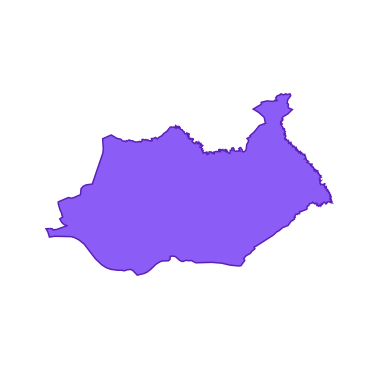 Benchalak, Si Sa Ket, Thailand (Robinson projection), rotated 140°
{"feature_id": "78962969B60458593570570", "entity_name": "Benchalak", "entity_type": "district", "adm_level": 2, "iso_a3": "THA", "parent_name": "Thailand", "parent_adm1": "Si Sa Ket", "projection": "robinson", "projection_center": [104.649, 14.787], "detail": "fine", "context": "isolated", "style": "filled", "palette": "violet", "viewbox_px": 384, "rotation_deg": 140, "n_neighbors": 0, "source": "geoboundaries", "source_scale": "gbopen_adm2", "svg_char_len": 5922}
<svg xmlns="http://www.w3.org/2000/svg" viewBox="0 0 384 384"><g transform="rotate(140 192 192)"><path d="M287.4,163.5L280.9,160.3L278.0,159.5L273.2,159.3L266.1,159.8L261.3,159.1L259.0,158.2L254.4,154.5L252.1,154.5L250.1,156.7L248.1,155.4L246.2,153.2L245.4,147.6L244.5,145.5L243.7,144.7L240.2,143.3L238.6,141.3L236.7,140.2L234.6,135.3L222.2,125.5L215.1,118.5L210.0,111.7L203.9,105.4L201.9,104.1L195.5,105.7L195.2,107.8L191.3,108.4L186.9,107.5L184.1,108.1L180.3,108.1L179.8,109.9L177.4,109.3L157.2,106.7L153.0,107.0L150.2,106.4L145.2,106.4L140.0,104.6L134.9,105.9L133.7,105.8L133.2,105.3L132.6,105.6L130.9,105.4L130.1,106.4L129.5,106.3L129.6,107.0L128.9,106.9L128.3,107.8L126.6,108.2L125.8,107.1L124.6,107.3L123.6,106.3L122.0,107.8L121.5,107.1L115.5,105.1L114.6,105.2L113.9,106.3L112.4,107.1L111.5,106.5L109.6,107.5L106.7,106.2L106.1,106.5L105.8,104.9L105.0,104.2L105.6,104.3L105.5,103.9L103.8,103.0L103.7,102.3L104.8,101.8L105.0,101.2L104.4,100.9L104.1,99.9L103.6,100.3L102.9,100.0L102.9,99.1L102.4,99.5L102.0,98.6L101.4,99.0L101.5,99.6L100.2,99.7L99.9,98.7L98.9,99.4L97.4,99.4L97.5,98.7L96.6,97.7L97.0,96.8L96.0,96.7L94.7,97.3L93.2,96.6L92.8,94.9L91.7,93.8L91.9,95.5L90.8,95.1L90.8,96.2L90.4,96.6L90.9,96.9L90.7,98.2L89.8,97.8L89.2,98.6L89.2,99.5L88.4,99.0L88.2,99.5L88.6,100.5L87.6,101.0L87.8,102.3L87.4,102.8L87.7,103.3L87.1,103.3L87.0,103.7L87.6,105.9L86.9,105.5L86.6,106.4L87.2,109.0L86.0,109.2L85.7,110.0L87.1,110.2L86.2,112.5L85.0,112.7L85.3,113.3L86.9,113.1L87.4,114.2L88.5,114.8L88.5,115.9L88.0,116.1L88.1,116.7L87.4,117.5L86.3,117.7L87.1,118.0L87.1,118.5L85.9,119.1L86.0,120.0L85.6,119.9L84.6,120.6L83.5,120.3L83.6,120.9L82.8,121.6L83.7,122.4L83.2,122.7L83.5,123.5L83.1,124.1L83.5,125.5L82.7,125.8L82.6,127.1L82.1,127.4L82.6,128.0L84.0,127.9L84.0,128.3L82.9,128.9L83.1,129.5L83.5,129.6L83.6,129.0L84.7,129.7L83.4,130.7L84.1,131.4L83.5,131.8L83.1,133.1L83.8,133.6L83.5,134.1L84.0,134.8L83.9,136.2L82.6,135.6L82.1,136.1L82.7,136.8L83.5,136.6L83.3,137.2L83.9,137.6L83.9,139.2L84.9,140.8L83.9,141.2L83.2,140.9L83.8,143.0L83.3,143.9L84.1,144.7L83.3,144.6L82.7,145.3L81.6,148.1L82.3,148.1L82.1,149.1L83.0,149.5L82.8,151.5L84.1,151.6L83.8,152.5L83.2,152.6L82.9,153.4L83.6,153.8L84.5,153.6L84.1,154.2L85.0,155.2L84.9,155.8L84.2,155.3L84.1,156.5L85.4,157.6L84.6,158.1L84.1,157.8L83.6,159.1L84.5,159.1L84.4,159.7L84.7,159.9L84.3,160.9L84.8,161.8L85.5,162.0L84.9,162.3L85.3,162.8L84.9,165.5L84.3,166.4L85.1,166.9L85.7,166.1L85.6,167.4L86.6,167.3L86.3,168.2L85.0,169.5L86.9,171.8L86.8,172.2L86.4,171.8L85.9,172.0L86.7,173.4L84.3,174.4L83.9,175.1L84.1,175.7L83.5,176.3L84.5,176.6L83.8,177.6L82.9,177.4L82.4,178.5L81.8,178.4L81.8,179.9L80.6,180.7L80.8,181.6L81.7,181.7L81.4,182.9L80.9,183.2L80.8,185.4L79.8,185.9L80.4,186.3L80.6,187.1L80.2,187.3L79.7,186.3L79.2,186.4L79.7,187.2L78.9,189.0L78.4,188.9L78.2,188.3L77.5,188.7L76.7,188.5L75.5,189.4L75.5,189.8L76.1,189.3L76.3,189.6L75.5,190.7L74.0,191.1L68.1,190.2L62.1,190.7L63.8,193.9L63.7,195.6L62.3,196.5L61.7,197.6L62.1,198.7L59.5,201.1L54.5,202.3L53.8,204.1L56.9,205.8L57.0,207.0L59.4,207.5L60.7,210.0L61.8,209.7L62.1,210.1L62.6,210.0L64.8,210.9L66.3,210.7L67.0,210.0L67.4,210.2L67.6,209.0L68.1,208.4L68.9,208.7L68.5,207.7L70.3,208.9L71.8,209.4L76.0,213.6L81.0,216.1L81.5,216.1L82.0,215.0L83.1,214.7L91.8,216.2L89.8,210.2L88.7,202.8L90.9,198.8L91.3,197.4L97.7,199.6L106.0,198.0L111.3,197.9L111.5,196.8L115.4,197.7L115.4,195.3L116.2,194.5L119.6,193.2L123.1,189.8L124.8,189.2L126.9,189.6L127.2,190.7L126.6,191.6L126.1,194.7L126.6,195.1L128.3,195.1L128.2,194.3L129.0,192.6L129.7,193.8L130.8,193.8L131.5,194.8L132.6,195.1L133.1,196.9L132.2,197.7L132.0,199.4L133.5,200.0L134.5,198.3L134.9,198.9L135.4,198.9L136.0,199.4L136.7,198.3L138.1,197.3L139.1,198.6L138.7,200.0L139.6,200.5L138.5,201.5L138.9,203.0L139.3,203.2L139.8,201.9L140.2,201.8L140.2,202.9L141.4,203.5L141.0,204.7L142.0,205.0L142.7,206.1L143.3,206.0L143.7,205.0L144.2,204.8L143.8,207.1L144.4,207.2L144.9,206.8L144.9,205.6L146.4,206.2L147.4,207.5L149.6,208.5L150.1,207.2L150.5,207.0L150.8,207.4L150.6,208.6L151.7,208.9L151.4,210.1L152.5,211.3L153.3,211.7L154.1,210.8L155.3,210.6L156.5,211.1L156.3,211.6L155.0,212.4L154.9,213.0L158.3,214.6L157.7,215.1L158.0,216.0L156.8,216.7L157.6,217.2L157.4,218.4L156.3,218.5L156.9,220.7L156.0,220.3L153.9,220.7L154.1,221.5L155.6,222.2L154.5,222.5L154.0,223.5L155.0,223.7L154.7,225.8L156.0,224.9L156.5,225.0L156.6,226.3L156.0,226.9L156.4,227.7L157.8,227.7L158.5,227.0L159.2,228.0L159.5,230.8L157.3,231.3L156.9,231.9L157.8,233.1L159.4,233.3L159.8,233.8L158.9,234.3L160.1,235.5L158.7,236.4L159.5,237.2L159.0,238.4L158.1,237.5L157.2,237.8L156.9,238.5L157.0,238.9L158.0,239.1L157.9,240.6L159.4,240.5L160.0,241.5L160.0,242.2L159.3,243.2L159.8,244.8L159.5,245.8L160.6,247.7L159.8,248.8L159.7,250.2L160.1,250.4L161.7,249.3L160.6,251.3L161.3,251.6L162.7,251.2L161.7,252.9L161.8,253.4L163.7,252.2L164.3,253.7L165.8,254.4L166.1,255.2L167.0,255.7L172.3,254.6L176.0,255.0L178.8,254.5L182.7,255.2L184.6,255.0L184.8,257.2L186.9,257.7L188.8,259.0L189.5,256.9L190.5,257.3L190.9,258.1L191.9,258.6L192.1,259.9L192.6,260.6L193.5,260.8L193.6,261.9L194.9,262.2L195.8,264.0L196.7,264.2L197.2,263.3L199.2,263.2L199.5,264.3L202.1,265.7L203.5,267.0L204.5,269.2L206.3,271.2L206.4,272.0L207.6,272.6L208.6,272.4L209.3,273.5L210.2,273.3L210.8,273.6L210.9,274.3L212.4,275.6L212.6,278.2L215.1,281.5L217.2,287.6L226.2,290.2L232.6,281.6L235.3,279.1L263.3,262.2L268.3,265.4L271.3,266.3L274.8,265.9L279.2,261.6L286.4,263.8L288.5,264.8L289.9,267.0L291.5,267.6L300.8,270.4L302.0,269.0L304.6,263.1L305.8,258.5L306.4,258.3L307.1,256.0L310.6,256.4L311.3,252.4L311.0,249.8L309.6,246.6L319.9,250.4L322.8,252.3L322.7,253.7L323.6,254.7L327.4,257.7L328.2,253.8L330.2,249.1L325.6,246.3L313.3,235.5L311.5,233.0L309.5,228.3L308.1,221.5L308.9,202.8L307.9,194.1L306.3,189.1L303.9,184.9L299.3,179.9L296.5,177.6L294.6,175.2L291.5,174.0L288.8,172.1L287.8,170.0L287.4,163.5Z" fill="#8b5cf6" stroke="#5b21b6" stroke-width="1.5"/></g></svg>